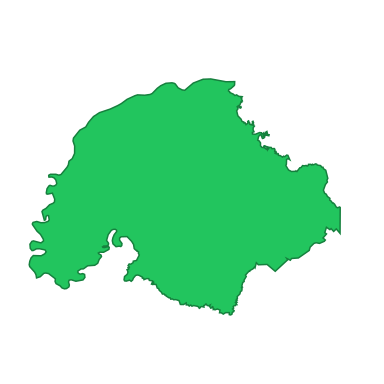 the district of Victoria, Entre Ríos, Argentina, rotated 99°
{"feature_id": "61730980B18675393261940", "entity_name": "Victoria", "entity_type": "district", "adm_level": 2, "iso_a3": "ARG", "parent_name": "Argentina", "parent_adm1": "Entre Ríos", "projection": "albers", "projection_center": [-60.159, -32.751], "detail": "fine", "context": "isolated", "style": "filled", "palette": "green", "viewbox_px": 384, "rotation_deg": 99, "n_neighbors": 0, "source": "geoboundaries", "source_scale": "gbopen_adm2", "svg_char_len": 6058}
<svg xmlns="http://www.w3.org/2000/svg" viewBox="0 0 384 384"><g transform="rotate(99 192 192)"><path d="M76.3,167.1L77.8,175.7L77.4,191.1L78.9,198.7L84.2,207.8L92.7,215.1L92.7,217.7L91.3,222.0L87.9,225.4L87.4,226.7L87.3,228.9L88.7,234.8L91.9,239.5L95.0,242.5L100.9,246.7L102.2,248.6L103.8,253.8L104.6,261.0L105.8,263.4L110.6,270.6L115.7,275.6L118.2,278.8L122.9,285.8L128.1,295.8L132.9,301.1L139.2,305.0L144.4,307.1L148.5,312.5L157.3,317.5L160.2,317.5L164.9,315.1L172.3,314.0L177.8,315.5L180.8,318.3L184.6,318.4L187.1,319.3L195.2,324.1L196.2,326.1L195.8,329.2L196.6,334.5L197.7,336.0L198.4,336.1L199.7,335.6L199.1,332.7L199.7,330.3L201.5,328.3L204.8,326.9L206.2,327.4L207.6,329.0L208.0,330.7L207.6,333.3L208.4,334.3L211.4,335.7L215.5,335.8L216.6,335.4L216.7,334.3L215.0,329.7L220.5,326.5L223.4,326.3L224.8,327.4L226.9,330.7L231.0,333.6L233.3,336.5L234.8,337.1L243.0,333.4L242.3,332.3L238.9,332.3L237.8,331.3L237.8,330.0L241.8,328.7L243.4,329.4L245.3,332.8L246.0,336.4L245.4,340.7L246.9,344.2L248.2,344.7L249.1,344.5L255.0,338.9L257.6,335.0L261.8,331.5L263.6,331.0L265.9,333.2L265.1,340.9L265.8,342.4L268.9,343.9L273.0,342.9L274.9,340.8L274.6,339.6L272.5,336.8L271.9,333.8L272.2,328.1L273.9,326.7L276.1,327.8L278.6,331.0L279.6,338.8L282.2,340.6L285.8,341.4L289.3,341.4L291.1,340.6L295.8,334.8L298.2,333.1L301.2,332.1L299.4,328.6L295.5,325.6L294.9,323.8L295.0,320.9L299.1,313.4L301.9,313.2L303.8,311.9L305.3,307.6L307.1,305.4L307.6,302.8L307.0,300.8L304.9,298.7L303.0,298.6L300.1,299.9L298.3,299.5L297.6,297.6L298.3,292.7L295.9,285.9L293.1,284.4L290.2,285.2L289.7,287.2L290.5,289.2L290.5,290.4L289.5,292.1L287.9,292.3L285.4,289.6L284.9,287.2L281.2,283.5L279.6,276.6L277.2,274.0L273.1,273.1L270.0,271.3L268.5,272.0L267.6,274.5L266.9,275.0L265.9,273.7L265.3,269.8L261.7,265.1L259.6,265.1L259.0,266.0L260.6,269.8L260.7,271.3L260.2,271.8L259.2,270.8L258.7,267.9L257.4,266.3L255.7,266.4L253.2,268.8L247.2,268.1L242.5,265.7L241.3,264.1L240.8,262.1L241.4,260.6L242.7,260.2L246.4,262.2L249.8,263.0L252.6,263.1L255.6,261.9L257.9,258.5L256.9,255.5L257.0,253.8L255.9,253.0L253.8,253.1L250.9,256.0L248.8,256.3L247.3,255.0L246.2,249.1L250.2,243.9L253.0,241.5L257.0,240.2L258.2,238.4L258.4,237.2L259.0,237.2L259.5,235.4L261.1,235.3L262.4,234.2L268.3,236.1L269.5,239.2L271.0,239.1L272.9,241.2L272.9,242.8L274.7,243.6L275.9,242.1L276.8,242.3L276.8,243.3L278.3,242.6L278.9,244.0L281.0,242.7L283.4,243.1L286.0,245.4L289.3,245.4L290.3,244.7L290.3,243.0L288.8,239.8L289.7,238.1L288.3,236.9L286.2,236.4L283.2,234.6L282.5,232.8L282.6,231.3L283.8,227.8L284.9,227.5L284.7,226.3L286.1,225.7L284.7,223.5L284.3,221.2L286.0,220.3L285.9,217.1L286.5,216.8L289.3,217.6L289.5,216.4L287.6,215.7L289.2,215.2L288.9,213.0L292.3,211.3L292.6,209.9L294.3,208.9L295.7,206.6L297.4,205.3L297.1,203.5L298.0,202.8L298.0,201.7L298.7,201.4L300.1,198.2L299.9,197.1L301.2,196.2L300.7,194.6L301.3,193.2L300.8,191.1L301.3,187.8L304.9,185.9L304.5,182.8L302.5,180.4L304.4,180.0L304.1,178.1L305.1,176.9L303.8,175.5L304.8,174.2L303.9,172.6L304.0,169.0L304.4,167.7L305.7,166.6L304.9,165.7L304.2,165.7L303.6,164.5L303.8,162.2L302.3,162.6L301.9,161.7L300.4,160.7L301.7,159.2L301.8,157.8L300.8,156.4L302.1,156.8L303.8,155.3L303.2,154.3L302.1,154.0L302.3,153.3L304.8,152.6L304.2,151.7L304.8,150.9L303.6,148.7L304.2,145.9L307.0,145.9L306.7,144.2L307.7,142.0L305.9,139.9L305.3,136.3L307.3,136.0L307.4,134.7L306.6,133.5L304.4,133.3L303.8,132.2L302.7,131.8L301.2,133.7L300.2,132.7L298.7,133.4L297.6,132.4L297.4,131.3L296.4,131.1L296.2,130.1L294.8,131.3L294.2,130.6L294.0,131.7L292.8,130.8L292.1,131.5L291.6,130.5L290.8,131.2L290.0,130.5L288.2,131.0L285.3,128.8L282.7,128.5L281.8,127.4L279.7,127.4L278.8,128.1L278.1,127.3L277.2,128.1L273.4,127.7L272.3,126.5L270.9,126.8L267.0,125.2L265.7,126.2L261.4,123.4L261.3,122.7L260.8,122.9L258.4,119.8L256.3,118.4L256.9,117.9L251.8,117.4L253.5,115.1L251.8,106.5L257.3,97.4L244.0,86.9L242.8,88.0L244.0,84.2L242.1,83.3L240.5,76.6L231.4,67.1L228.0,66.7L223.7,63.5L222.7,61.5L222.8,58.0L220.0,53.6L218.6,52.8L216.9,55.4L212.4,52.6L211.4,54.5L205.8,53.7L207.6,49.9L206.4,48.9L208.8,45.9L205.9,43.7L209.7,39.3L184.1,43.2L183.7,43.8L184.8,45.8L184.4,47.1L181.7,49.3L180.7,50.9L181.0,51.4L179.1,53.3L178.5,54.7L176.7,54.8L175.2,57.6L173.2,59.0L172.5,60.8L169.6,62.5L163.8,61.4L160.9,59.8L159.3,60.6L157.3,60.0L149.6,63.3L148.4,65.8L147.0,66.5L147.2,67.7L145.8,69.1L145.8,72.5L145.0,73.2L144.9,74.3L146.2,76.5L145.8,77.4L146.6,77.9L146.1,79.0L146.5,81.3L147.7,81.4L148.4,82.4L147.9,83.4L148.6,85.2L148.6,86.9L150.7,88.0L151.2,89.3L155.4,91.6L154.9,92.6L155.3,92.7L156.2,97.0L155.1,100.2L151.1,103.5L149.9,103.1L145.1,103.7L144.0,102.4L144.8,100.5L140.8,103.0L140.7,104.2L142.6,105.9L142.3,107.2L143.4,108.0L142.2,110.7L142.3,112.3L140.7,112.9L141.1,114.0L140.8,116.0L139.7,115.9L139.5,115.0L138.7,115.6L138.9,116.7L136.9,116.8L136.2,117.5L136.7,119.9L135.6,120.8L135.8,122.5L137.9,123.6L135.7,123.7L135.5,125.4L137.9,124.2L138.4,124.6L137.1,127.3L135.5,126.4L134.9,127.3L135.2,128.1L137.0,128.4L137.0,130.0L135.6,131.6L132.8,132.0L131.0,133.7L130.5,135.2L126.7,134.9L124.9,133.7L124.7,132.9L128.1,130.8L127.6,129.6L126.3,128.8L125.7,130.4L124.9,130.5L125.0,128.9L124.3,128.2L124.4,124.9L123.4,124.8L123.4,126.3L120.5,127.5L121.5,128.6L123.0,128.0L123.7,128.6L123.0,129.3L123.6,129.9L122.4,130.4L123.6,131.2L123.3,132.4L122.6,132.6L122.7,134.5L125.1,138.5L125.3,141.3L123.7,141.7L122.8,140.2L121.0,141.4L118.8,141.6L117.2,140.7L116.5,142.3L116.0,141.7L115.5,142.5L114.1,142.0L112.6,142.8L113.0,143.4L114.7,142.9L116.4,143.9L116.1,145.5L114.9,145.7L114.1,147.0L113.2,146.9L112.9,147.4L113.7,148.0L115.1,147.5L117.0,149.2L115.4,150.3L115.7,151.4L114.8,151.7L114.5,153.6L112.3,155.0L109.6,158.6L104.8,160.6L102.6,159.6L100.6,160.7L99.1,159.1L100.9,158.8L101.6,157.5L101.0,156.7L100.1,157.0L100.7,158.2L99.5,158.6L96.1,157.8L95.3,156.9L94.8,157.5L94.2,156.5L91.9,157.9L91.4,157.5L91.1,158.2L90.0,157.5L90.2,160.8L89.1,163.1L90.0,164.8L88.9,166.4L87.8,170.3L87.0,170.5L86.5,171.8L85.0,171.7L84.1,170.1L80.5,167.1L79.6,166.7L76.3,167.1Z" fill="#22c55e" stroke="#15803d" stroke-width="1.5"/></g></svg>